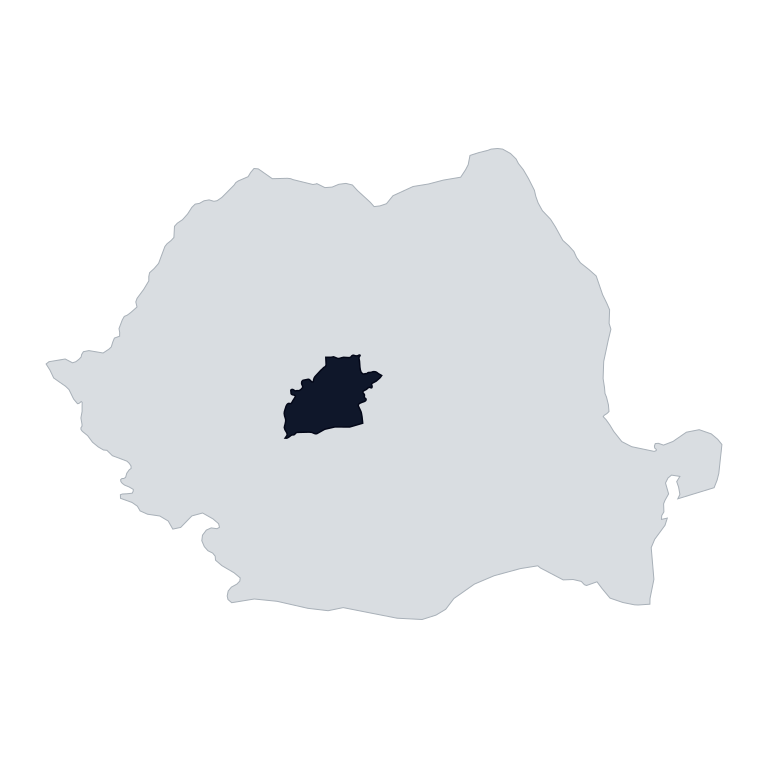 Romania, with Sibiu highlighted
{"feature_id": "ROU-303", "entity_name": "Sibiu", "entity_type": "County", "adm_level": 1, "iso_a3": "ROU", "parent_name": "Romania", "parent_adm1": "", "projection": "albers", "projection_center": [24.256, 45.858], "detail": "fine", "context": "in_parent", "style": "filled", "palette": "ink", "viewbox_px": 768, "rotation_deg": 0, "n_neighbors": 0, "source": "natural_earth", "source_scale": "10m", "svg_char_len": 5694}
<svg xmlns="http://www.w3.org/2000/svg" viewBox="0 0 768 768"><path d="M613.7,431.4L621.8,441.6L631.7,446.7L654.2,451.4L656.2,450.6L656.3,449.4L654.7,448.0L654.4,446.0L655.3,443.6L658.3,443.3L663.5,445.1L672.9,441.5L686.4,432.2L699.2,429.7L711.3,433.9L717.7,439.3L721.9,444.5L721.2,451.4L720.7,455.7L718.8,473.4L717.1,480.1L714.1,487.7L677.8,498.8L679.9,494.4L678.6,487.1L676.7,481.6L679.9,476.4L671.5,475.1L668.0,478.0L665.5,483.0L668.6,493.9L665.0,500.3L663.6,503.8L663.9,511.9L661.7,515.6L661.5,519.4L667.3,518.1L665.0,525.3L654.7,539.3L651.2,547.6L653.9,579.3L650.0,598.6L649.9,604.2L638.0,605.0L634.4,604.8L622.9,602.5L610.0,598.1L602.1,588.6L597.0,581.8L586.5,585.5L584.4,584.7L581.3,581.4L573.1,579.5L563.2,579.9L540.3,567.9L537.8,565.8L520.3,568.6L494.2,575.7L474.4,584.1L453.9,598.5L445.7,609.3L436.0,615.1L422.1,619.5L397.1,618.2L371.1,613.1L343.2,607.6L328.1,610.7L307.8,608.3L277.1,601.3L254.3,599.0L231.7,602.7L228.0,599.5L227.2,596.0L228.2,591.0L231.4,587.1L236.9,584.1L239.8,581.1L240.2,577.9L234.1,572.8L221.8,565.6L216.7,561.2L215.5,560.1L215.2,556.2L212.7,553.1L207.9,550.7L204.3,546.6L201.8,540.7L202.5,535.2L206.3,530.1L211.2,527.9L217.0,528.7L219.5,527.3L218.6,523.7L213.0,518.9L202.6,513.0L191.9,515.9L180.7,527.4L172.8,529.1L168.2,521.0L159.8,516.0L147.5,514.2L140.1,510.9L137.4,506.2L132.1,502.5L120.5,498.3L120.4,494.7L122.4,494.0L126.6,493.8L132.2,493.2L133.2,491.2L133.3,489.4L129.0,486.9L124.6,485.1L122.3,483.4L120.9,481.6L120.6,479.7L122.0,478.5L123.8,478.5L125.6,477.4L126.8,473.2L129.3,469.7L131.1,468.5L131.0,465.9L129.3,463.4L127.0,461.2L123.4,459.8L112.4,455.7L106.9,450.3L103.5,450.0L98.2,446.9L92.5,442.2L87.6,435.6L82.3,431.3L81.0,429.5L80.9,427.9L82.0,426.2L82.0,424.2L80.9,418.0L82.1,411.4L82.1,405.2L82.2,402.4L81.2,401.5L80.2,402.4L78.8,403.5L77.5,403.7L73.6,399.0L69.0,389.6L65.7,386.4L59.1,381.8L53.7,378.0L50.0,370.2L46.1,364.0L49.0,361.7L65.2,359.0L72.5,362.8L75.9,361.7L79.3,359.0L81.2,356.9L81.6,354.6L83.4,351.7L88.9,350.6L103.1,353.0L109.0,349.1L111.3,346.9L112.8,342.0L114.4,338.1L119.6,336.2L119.7,332.6L119.0,328.6L122.3,319.9L124.3,316.4L127.2,315.2L130.8,312.5L137.0,307.0L135.8,301.9L137.1,298.3L143.7,289.4L148.8,280.9L148.8,276.5L149.6,272.7L154.0,268.7L158.6,263.4L164.9,246.5L167.1,243.7L171.0,240.6L173.9,237.5L174.5,226.3L177.3,223.2L182.5,219.7L187.6,214.0L191.9,207.3L195.2,204.1L199.4,203.4L204.0,200.8L209.1,199.9L213.9,201.3L217.1,200.7L221.9,197.4L234.1,185.1L235.8,182.6L238.3,180.9L248.1,176.7L250.7,172.4L254.0,168.5L258.3,168.9L272.3,178.7L287.4,178.3L290.1,178.6L291.0,178.8L292.9,179.6L312.9,184.5L316.0,184.0L316.8,183.6L324.9,187.6L332.1,187.1L338.8,184.3L345.9,183.4L352.4,185.0L357.4,190.5L370.3,202.3L374.1,206.6L380.0,205.9L386.5,203.7L393.0,195.7L413.1,186.5L428.5,184.0L443.4,180.1L460.7,177.2L465.6,169.7L468.2,164.7L470.0,155.4L479.2,152.5L488.0,150.3L491.1,149.1L497.6,148.5L502.6,149.1L510.5,153.5L516.1,159.0L518.4,163.5L523.3,169.7L528.5,178.6L534.4,190.3L535.8,196.4L538.1,202.9L542.4,210.7L550.5,219.2L551.6,220.9L555.4,226.9L562.8,240.4L568.7,245.7L573.9,251.5L576.6,257.5L580.4,262.8L589.1,269.7L596.2,276.0L602.6,294.7L606.8,303.3L609.6,309.8L609.1,323.4L610.9,329.2L608.3,339.9L603.7,361.5L603.1,378.5L604.5,387.6L605.0,393.5L606.5,397.1L608.4,404.8L609.0,411.5L607.0,413.5L604.2,415.3L603.2,416.7L606.0,419.6L609.9,425.1L613.7,431.4Z" fill="#d9dde1" stroke="#a8b0b8" stroke-width="1"/><path d="M362.7,423.2L349.7,427.0L335.0,426.9L325.0,429.2L324.1,429.6L316.8,433.7L315.5,433.8L314.4,433.5L311.9,432.4L309.1,432.1L297.2,432.4L296.1,432.8L295.5,433.4L294.9,434.1L294.2,434.7L293.3,434.9L292.1,434.9L291.2,435.3L289.0,437.0L287.5,437.9L286.6,438.2L285.1,438.1L287.1,435.2L287.1,434.2L286.8,432.8L285.0,429.8L284.3,427.6L284.6,425.9L285.1,424.2L285.7,421.1L285.6,419.2L285.1,417.5L284.6,416.0L284.2,413.4L284.4,411.6L286.0,406.4L286.5,405.4L286.9,404.7L287.5,404.0L288.1,403.6L288.6,403.4L289.1,403.4L290.2,403.6L290.9,403.6L291.3,403.2L291.8,402.6L292.8,400.8L295.2,397.0L295.4,396.1L294.9,395.6L294.1,395.1L292.3,394.7L291.6,394.3L291.1,393.7L290.8,390.3L291.2,389.7L291.7,389.5L292.4,389.4L293.1,389.6L293.7,390.0L294.4,390.4L295.0,390.8L295.7,390.9L296.8,390.6L297.3,390.6L297.8,390.6L298.5,390.7L299.4,390.5L300.4,389.8L301.4,389.0L302.5,387.7L302.7,386.5L302.4,385.6L301.9,384.6L301.6,383.6L301.7,381.9L302.2,381.0L303.0,380.3L307.9,379.3L308.8,379.3L309.4,379.6L310.0,380.1L311.3,381.4L311.9,381.9L312.5,382.0L313.1,381.8L313.4,381.2L313.7,379.3L314.2,377.9L315.0,376.6L320.9,370.2L322.5,368.8L323.6,367.6L325.0,366.8L325.7,366.0L326.1,365.1L326.1,364.1L325.8,357.3L331.0,357.3L333.6,356.8L337.5,358.4L338.8,358.5L340.2,358.2L341.3,357.8L343.6,357.3L348.5,357.6L349.9,357.5L350.8,357.1L351.3,356.4L351.8,355.8L352.7,355.3L353.6,355.2L355.4,355.8L356.8,355.9L357.8,355.7L359.2,355.0L359.8,355.0L360.1,355.4L359.9,355.9L359.4,356.7L359.0,357.5L359.0,358.5L359.5,361.2L359.9,367.1L360.3,369.7L361.0,372.0L362.3,373.5L363.3,374.0L364.2,374.0L365.0,373.7L366.6,373.6L367.2,373.4L367.9,372.7L368.5,372.5L370.7,372.4L371.5,372.2L372.1,372.0L373.0,371.7L373.9,371.6L375.5,371.8L376.5,372.2L377.6,373.0L378.3,373.6L381.7,375.5L380.2,377.6L376.1,381.2L372.1,383.3L371.7,383.8L371.5,384.4L372.0,385.8L372.1,386.6L371.9,387.6L371.3,387.9L370.8,387.8L370.3,387.5L369.7,387.3L368.8,387.5L367.6,388.2L366.6,389.3L363.4,391.0L362.9,391.7L362.9,392.5L363.2,393.1L364.2,394.2L364.5,395.0L364.4,396.1L364.3,397.0L364.5,397.7L365.0,398.1L365.5,398.4L365.9,398.8L366.1,399.4L365.8,400.5L364.8,401.3L363.6,401.8L362.3,402.2L359.7,403.3L358.7,404.1L358.3,405.0L358.4,406.1L360.6,410.8L361.1,412.0L361.4,413.2L362.0,416.6L362.3,419.5L362.5,421.1L362.7,423.2Z" fill="#0f172a" stroke="#020617" stroke-width="1.5"/></svg>